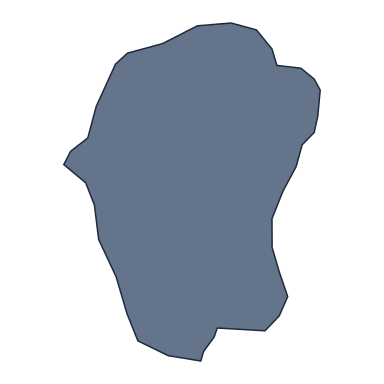 an SVG outline of Nzérékoré
{"feature_id": "GIN-5655", "entity_name": "Nzérékoré", "entity_type": "Prefecture", "adm_level": 1, "iso_a3": "GIN", "parent_name": "Guinea", "parent_adm1": "", "projection": "robinson", "projection_center": [-8.704, 7.993], "detail": "fine", "context": "isolated", "style": "filled", "palette": "slate", "viewbox_px": 384, "rotation_deg": 0, "n_neighbors": 0, "source": "natural_earth", "source_scale": "10m", "svg_char_len": 570}
<svg xmlns="http://www.w3.org/2000/svg" viewBox="0 0 384 384"><path d="M265.0,330.8L217.3,328.0L214.1,337.1L203.6,351.5L200.8,361.0L168.3,355.7L137.9,340.9L127.0,313.7L116.1,276.7L98.7,239.6L94.4,205.0L85.7,182.8L63.8,164.6L70.6,151.3L87.8,137.9L96.2,106.5L115.5,64.1L127.5,53.1L162.5,43.6L197.4,25.8L231.1,23.0L256.4,29.9L272.0,49.0L276.9,65.4L300.9,68.2L314.2,79.1L320.2,90.1L317.8,116.1L314.2,132.5L302.2,144.8L296.1,166.7L282.9,191.3L272.0,218.7L272.1,247.4L279.3,272.0L287.7,296.6L279.3,315.8L265.0,330.8Z" fill="#64748b" stroke="#1e293b" stroke-width="1.5"/></svg>